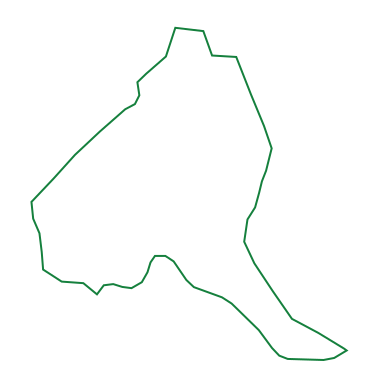 SVG path tracing the border of Samux, rotated 182°
{"feature_id": "AZE-1686", "entity_name": "Samux", "entity_type": "District", "adm_level": 1, "iso_a3": "AZE", "parent_name": "Azerbaijan", "parent_adm1": "", "projection": "mercator", "projection_center": [46.434, 40.941], "detail": "fine", "context": "isolated", "style": "outline", "palette": "green", "viewbox_px": 384, "rotation_deg": 182, "n_neighbors": 0, "source": "natural_earth", "source_scale": "10m", "svg_char_len": 820}
<svg xmlns="http://www.w3.org/2000/svg" viewBox="0 0 384 384"><g transform="rotate(182 192 192)"><path d="M267.5,97.2L276.9,95.7L283.4,86.4L297.4,97.1L319.1,97.9L338.1,109.3L340.1,126.9L343.0,145.4L349.8,159.8L352.1,176.5L330.8,200.6L310.2,225.1L286.1,249.3L261.6,272.4L252.1,277.9L248.0,286.8L250.4,299.8L241.9,308.6L222.8,326.5L214.4,355.5L186.3,353.2L176.7,329.1L152.5,328.5L136.5,291.6L122.3,260.4L113.9,238.4L118.7,215.9L122.5,205.1L124.9,193.5L128.4,178.8L135.6,166.5L138.1,144.1L127.2,122.9L107.8,95.7L87.7,68.7L60.9,55.6L34.4,40.7L31.9,39.0L44.1,31.1L54.7,28.7L90.5,28.5L99.1,31.5L106.6,38.9L120.4,56.3L148.5,81.9L158.4,87.8L186.8,97.0L194.6,103.9L207.9,122.0L216.4,127.2L226.8,126.8L231.0,120.2L233.7,110.2L239.0,100.1L249.1,93.8L258.4,94.7L267.5,97.2Z" fill="none" stroke="#15803d" stroke-width="2"/></g></svg>